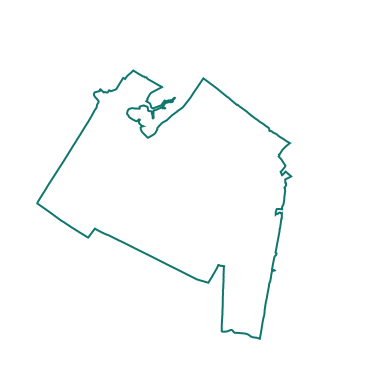 the district of Schitu, Olt, Romania, rotated 122°
{"feature_id": "2599482B63035340455431", "entity_name": "Schitu", "entity_type": "district", "adm_level": 2, "iso_a3": "ROU", "parent_name": "Romania", "parent_adm1": "Olt", "projection": "albers", "projection_center": [24.557, 44.358], "detail": "fine", "context": "isolated", "style": "outline", "palette": "teal", "viewbox_px": 384, "rotation_deg": 122, "n_neighbors": 0, "source": "geoboundaries", "source_scale": "gbopen_adm2", "svg_char_len": 5959}
<svg xmlns="http://www.w3.org/2000/svg" viewBox="0 0 384 384"><g transform="rotate(122 192 192)"><path d="M285.7,255.9L282.7,255.6L278.7,255.3L274.5,254.9L274.5,252.6L274.0,246.6L273.7,244.0L273.4,242.0L272.9,240.2L271.8,228.3L271.4,225.7L269.9,209.4L268.2,192.2L266.8,176.4L265.5,163.1L263.6,142.4L263.4,140.9L263.0,139.6L260.3,130.1L254.6,130.1L245.5,130.4L243.3,130.5L240.3,130.9L240.0,131.0L239.5,129.8L239.6,129.1L239.5,128.5L239.1,128.1L237.9,125.5L239.9,124.6L243.0,122.7L246.4,120.9L246.9,120.3L249.2,119.2L249.6,118.8L251.3,117.7L253.0,116.9L255.3,115.6L255.7,115.2L257.0,114.6L257.7,114.1L259.0,113.7L260.1,113.0L260.6,112.4L261.7,112.0L262.7,111.3L264.9,110.1L272.3,105.6L278.7,102.0L279.3,101.4L280.0,101.2L281.4,100.5L281.8,100.1L282.4,99.9L289.7,95.9L294.4,92.9L294.1,91.9L293.7,91.2L293.2,90.3L292.5,89.4L291.3,88.0L288.7,86.2L288.0,85.3L287.9,84.9L288.0,84.1L288.5,83.0L288.7,81.9L288.8,81.2L288.6,80.9L286.7,77.6L285.6,75.2L284.6,73.5L283.7,71.5L283.2,69.5L283.1,67.8L283.4,65.9L282.9,63.2L281.3,59.9L280.8,57.9L280.6,56.7L280.0,56.9L274.2,59.2L263.4,63.8L263.1,63.9L259.9,65.0L258.6,65.3L254.8,67.1L253.9,67.7L250.7,69.1L249.4,69.7L247.8,70.3L246.6,70.9L243.3,72.0L235.3,75.2L231.2,76.8L230.8,77.1L228.4,78.1L227.6,78.2L226.9,78.1L221.8,80.1L220.5,80.8L216.8,82.2L214.8,80.4L214.7,81.1L215.6,82.9L215.4,83.1L211.5,84.6L210.0,85.2L204.0,87.5L202.9,87.7L202.5,87.7L201.4,87.4L200.8,87.4L200.0,87.5L199.4,87.7L199.2,88.0L199.3,88.9L199.0,89.1L178.8,97.0L177.0,98.1L176.2,98.1L175.7,98.3L167.2,102.1L166.9,101.8L162.3,104.6L162.9,104.9L163.0,105.3L163.0,105.6L162.7,105.9L162.7,106.3L162.9,106.7L163.7,107.4L165.1,107.6L165.2,107.9L165.4,108.4L165.6,108.7L166.8,109.0L164.8,110.3L161.6,111.1L160.2,109.1L158.9,106.4L157.9,107.2L156.7,107.7L154.5,107.8L152.9,108.3L148.8,110.1L147.7,110.9L145.5,111.8L142.2,113.4L141.9,113.4L140.5,114.6L139.5,115.2L139.4,115.4L139.5,115.8L139.4,115.9L138.0,115.7L136.7,115.8L135.7,116.2L135.5,116.3L135.2,116.8L134.6,117.1L134.5,117.3L134.7,117.8L131.9,119.6L128.3,117.3L126.2,116.2L125.1,123.4L130.0,124.4L130.1,124.5L127.9,127.5L127.4,127.3L125.7,127.0L123.5,126.7L121.3,126.5L120.4,126.6L120.1,126.7L119.5,128.2L117.1,133.3L116.8,134.4L116.1,136.6L116.0,137.3L114.6,137.3L114.2,137.5L114.1,138.0L113.1,137.7L111.5,137.6L108.4,137.7L104.1,136.7L99.1,135.1L98.7,134.9L98.8,139.3L98.6,142.4L98.7,145.4L98.7,147.2L98.6,148.4L98.4,149.4L98.2,150.6L98.2,151.5L98.2,152.4L98.7,154.1L98.6,154.6L98.4,155.4L98.4,156.7L98.6,157.6L99.0,158.3L99.1,158.5L99.0,158.9L98.7,159.2L97.7,159.8L97.5,160.1L97.1,160.6L97.0,161.2L96.9,163.3L96.9,164.7L96.5,167.1L96.5,169.3L96.6,170.1L96.6,170.9L96.4,173.5L96.2,174.9L96.1,175.4L96.2,176.2L96.1,177.6L95.9,179.7L95.7,182.7L95.5,183.3L95.3,185.7L95.1,186.2L95.0,187.2L94.8,187.9L94.2,197.7L93.9,199.0L93.9,199.9L94.1,200.1L94.4,200.3L94.2,201.2L93.9,203.6L93.0,209.3L92.6,211.1L92.7,212.6L91.0,225.6L89.6,242.6L101.7,243.0L105.4,243.2L112.7,243.3L122.5,244.3L123.7,244.5L125.6,244.8L130.9,247.1L131.9,247.3L137.6,249.6L144.9,251.5L147.5,253.1L149.7,254.1L152.4,254.6L152.5,254.7L155.8,255.2L156.3,255.2L157.5,254.6L160.8,254.4L162.3,254.5L164.1,255.2L169.1,257.9L169.3,258.2L169.4,258.4L169.2,259.3L168.9,260.5L167.7,265.8L167.2,267.0L165.9,268.6L164.8,269.7L164.5,269.8L163.5,269.4L162.6,268.8L162.1,268.3L162.3,269.6L162.3,270.6L162.1,271.7L162.1,271.8L161.9,272.6L161.5,273.6L160.1,274.5L158.5,274.4L158.3,274.6L158.4,275.2L158.6,275.5L161.0,276.2L161.4,276.6L161.6,277.5L161.9,280.0L161.9,282.9L161.9,284.3L161.8,284.8L161.6,285.2L161.1,286.1L160.6,286.7L160.5,287.9L160.3,288.3L159.5,288.8L158.6,289.2L157.0,289.6L155.4,289.5L154.8,289.2L153.2,287.9L152.6,287.1L152.0,286.0L151.5,284.7L151.1,284.1L149.1,280.6L148.9,280.6L147.5,281.6L147.3,281.5L146.0,280.6L144.6,279.1L144.1,278.8L143.9,276.9L143.4,275.6L143.3,275.1L143.5,274.7L144.1,274.1L146.0,272.5L146.2,272.1L146.3,271.9L145.6,270.1L144.9,268.8L145.0,268.6L146.7,267.7L147.8,266.3L148.9,265.3L150.3,264.4L150.3,264.2L150.2,264.2L149.6,263.9L148.9,264.1L147.9,265.0L145.6,266.5L143.9,267.3L143.1,267.5L142.6,267.3L141.9,266.3L140.5,265.4L136.0,262.4L136.0,262.1L136.6,261.7L136.7,261.4L136.1,260.7L135.6,259.3L135.4,259.1L135.2,259.1L135.2,259.3L135.4,260.9L135.3,261.3L134.6,261.9L133.7,261.7L132.3,261.9L131.6,261.9L130.8,261.6L129.7,261.1L129.2,260.2L127.9,259.2L127.1,257.4L126.1,257.2L126.0,256.4L125.3,256.3L125.2,256.8L125.1,257.0L122.6,256.4L121.3,256.3L121.3,256.7L121.6,256.9L122.6,257.3L124.0,257.5L124.7,257.8L125.3,258.6L126.2,259.3L126.4,259.5L126.5,260.0L126.6,260.4L127.8,261.2L129.2,262.7L129.2,262.9L128.9,263.1L128.8,263.3L128.8,263.5L129.0,263.7L129.5,263.8L130.0,263.5L131.9,264.0L133.7,263.8L134.4,263.9L134.7,264.1L135.4,264.5L140.6,268.5L141.9,269.6L142.0,270.1L141.8,271.3L140.0,273.4L139.4,274.2L139.2,274.8L139.1,276.2L139.3,277.3L139.3,278.8L138.5,278.6L137.2,278.6L136.9,279.2L132.5,279.5L131.5,279.5L129.4,279.2L118.9,273.0L118.8,273.3L119.1,276.3L119.3,280.3L119.3,282.2L119.6,288.4L119.5,289.6L119.5,290.0L119.3,290.8L118.9,291.3L119.7,292.7L119.5,293.9L119.9,294.6L120.1,299.8L120.1,306.2L122.4,306.7L127.9,308.4L130.3,308.6L131.6,308.6L131.7,310.8L135.7,310.8L143.7,310.7L145.0,310.7L145.3,310.9L149.5,314.1L149.5,314.5L149.6,316.1L149.9,316.3L150.2,316.3L150.6,316.2L152.0,316.2L152.3,316.3L152.6,316.7L153.2,318.2L153.4,318.8L153.6,319.0L154.3,319.6L154.4,319.8L154.2,320.2L153.4,323.9L153.5,324.2L153.7,324.3L154.1,324.2L154.3,324.2L154.7,323.9L155.0,324.0L155.3,323.8L158.8,327.1L159.1,327.3L160.7,327.2L161.7,326.5L162.1,326.0L162.9,324.2L163.4,322.3L164.2,319.9L164.4,319.5L164.7,319.2L165.3,318.8L168.0,318.8L171.0,317.7L174.6,317.8L178.4,317.6L178.6,317.5L187.9,317.2L192.6,317.3L203.4,317.2L207.4,317.3L211.9,317.2L215.9,317.3L224.0,317.2L233.8,317.2L262.7,317.6L264.9,317.6L265.6,317.5L281.1,317.5L282.1,317.5L283.3,317.3L283.7,317.1L284.5,302.5L285.6,287.8L285.5,284.7L285.6,282.3L285.8,274.6L285.8,265.3L285.7,255.9Z" fill="none" stroke="#0f766e" stroke-width="2"/></g></svg>